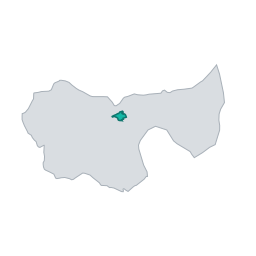 Birzgales pag., Keguma, Latvia shown in context, rotated 167°
{"feature_id": "27541924B47267130606950", "entity_name": "Birzgales pag.", "entity_type": "district", "adm_level": 2, "iso_a3": "LVA", "parent_name": "Latvia", "parent_adm1": "Keguma", "projection": "mercator", "projection_center": [24.79, 56.63], "detail": "fine", "context": "in_parent", "style": "filled", "palette": "teal", "viewbox_px": 256, "rotation_deg": 167, "n_neighbors": 0, "source": "geoboundaries", "source_scale": "gbopen_adm2", "svg_char_len": 3710}
<svg xmlns="http://www.w3.org/2000/svg" viewBox="0 0 256 256"><g transform="rotate(167 128 128)"><path d="M184.0,189.8L182.5,189.6L178.5,188.0L175.2,185.7L173.1,182.6L169.6,178.3L167.4,176.1L163.8,173.4L157.7,167.8L155.6,166.6L144.9,164.1L141.0,163.0L137.5,156.6L136.3,152.9L134.6,152.3L132.6,153.1L130.6,153.8L125.8,158.1L124.2,158.8L121.2,158.8L114.2,159.8L111.1,158.2L105.6,156.5L102.6,156.2L99.9,156.2L88.2,154.5L86.0,156.4L83.9,156.7L81.7,153.9L79.1,153.0L76.3,154.0L71.0,154.1L64.8,153.2L56.8,152.5L55.7,152.8L46.8,156.6L44.7,157.2L35.1,163.6L27.5,169.6L26.7,160.0L27.1,140.8L28.3,131.1L33.5,125.5L36.1,121.1L37.7,115.2L38.1,109.8L39.2,105.3L46.8,92.2L52.8,90.8L61.0,87.2L70.1,84.2L71.8,88.0L72.7,91.0L83.7,101.6L86.5,105.2L90.7,117.4L100.9,123.5L108.9,121.6L112.4,118.6L118.8,113.1L121.6,109.0L122.2,105.1L121.1,88.3L119.3,81.0L119.9,76.4L121.1,76.7L123.8,74.5L132.7,70.3L134.5,70.2L136.5,69.3L142.2,66.2L144.0,67.8L145.5,69.7L146.3,69.8L146.7,69.1L146.6,67.8L147.0,67.0L148.6,67.5L155.1,72.6L157.7,73.8L159.4,74.1L161.4,76.5L167.0,78.1L167.7,79.4L168.1,80.9L173.3,87.4L175.6,90.7L180.3,93.6L182.3,94.3L190.4,91.3L192.6,90.3L194.5,90.2L196.4,91.8L200.7,94.0L204.6,94.6L205.4,94.5L208.7,94.7L209.8,95.5L210.6,99.7L214.4,102.9L217.9,105.6L218.8,106.8L219.1,109.2L218.8,111.9L218.4,113.4L216.9,115.0L215.7,119.2L215.5,123.2L213.5,130.0L213.9,130.1L218.2,128.9L219.4,129.6L220.3,131.1L220.6,135.4L222.0,137.3L223.4,140.3L223.8,142.6L226.5,145.4L226.8,147.2L228.4,153.5L229.0,157.2L229.3,160.0L228.5,163.5L227.8,165.9L227.0,165.8L224.5,166.4L220.7,169.3L215.0,176.1L213.5,177.6L212.1,182.7L211.7,183.3L208.4,183.0L207.5,182.9L204.2,183.0L196.9,181.7L194.1,182.5L190.4,187.7L189.0,188.5L184.7,189.2L184.0,189.8Z" fill="#d9dde1" stroke="#a8b0b8" stroke-width="1"/><path d="M134.8,137.3L134.7,137.3L134.6,137.2L134.3,137.2L134.1,137.1L133.9,137.1L133.7,137.1L133.4,137.0L133.3,136.9L133.1,136.8L132.9,136.7L132.7,136.7L132.3,136.6L132.1,136.5L132.2,136.8L132.3,136.9L132.2,136.9L132.3,136.9L132.2,137.0L132.3,137.0L132.2,137.2L132.3,137.2L132.3,137.3L132.2,137.4L132.2,137.5L131.0,137.6L130.9,137.6L130.5,137.6L130.6,138.6L128.8,138.8L128.5,138.8L127.2,138.9L127.2,139.5L127.3,139.8L127.3,140.0L127.4,140.9L127.5,140.9L127.6,141.1L127.6,141.4L127.7,141.8L127.8,141.9L128.1,142.3L128.3,142.5L128.5,142.6L128.8,142.6L129.0,142.7L129.3,142.5L129.5,142.5L129.7,142.8L129.5,143.0L129.4,143.1L129.5,143.2L129.5,143.3L129.7,143.2L129.8,143.0L130.0,143.0L130.3,143.2L130.3,143.3L130.4,143.5L130.5,143.6L130.6,143.8L130.2,144.0L129.9,144.0L129.8,143.9L129.7,143.9L129.6,144.0L129.4,144.1L129.3,144.3L129.3,144.5L129.2,144.6L129.2,144.8L129.3,144.8L129.5,144.8L129.5,145.0L129.6,145.4L129.6,145.6L130.0,145.7L130.3,145.4L130.4,145.2L130.5,145.2L130.8,145.3L131.0,145.4L131.2,145.5L131.3,145.5L131.5,145.5L131.8,145.5L132.0,145.5L132.1,145.4L132.3,145.4L132.4,145.2L132.5,145.2L132.6,144.9L132.9,144.9L133.0,144.8L133.1,144.7L133.3,144.6L133.5,144.5L133.7,144.4L133.8,144.4L134.0,144.3L134.3,144.3L134.3,144.2L134.5,144.2L134.8,144.2L134.9,144.3L135.5,144.2L136.1,143.8L136.3,143.8L137.6,143.6L138.8,143.4L140.4,143.0L140.4,142.9L140.5,142.9L140.5,142.6L140.5,142.4L140.4,142.3L140.4,142.2L140.5,142.2L140.4,142.1L140.2,142.2L140.1,142.3L139.9,142.4L139.7,142.4L139.4,142.4L139.2,142.3L138.8,142.2L138.7,142.2L138.4,142.1L138.1,141.9L137.9,141.8L137.7,141.6L137.5,141.4L137.4,141.4L137.2,141.3L137.0,141.1L136.9,141.0L136.8,140.9L136.7,140.8L136.5,140.7L136.4,140.6L136.2,140.4L136.1,140.2L135.9,139.9L135.8,139.7L135.7,139.4L135.7,139.2L135.8,139.0L135.8,138.9L135.8,138.7L135.8,138.3L135.7,138.2L135.5,137.9L135.4,137.7L135.2,137.6L135.0,137.4L134.8,137.3Z" fill="#14b8a6" stroke="#0f766e" stroke-width="1.5"/></g></svg>